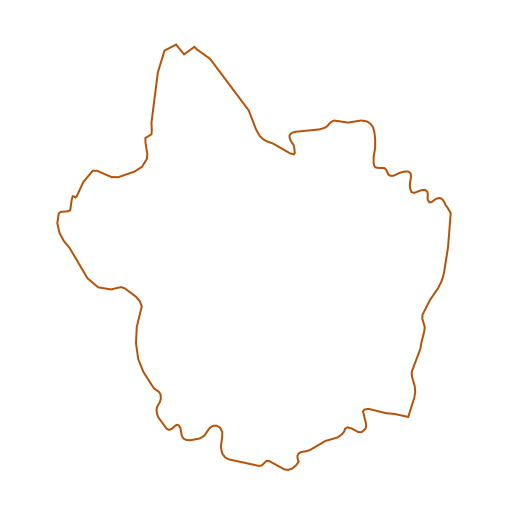 SVG path tracing the border of Indre-et-Loire, rotated 177°
{"feature_id": "FRA-5310", "entity_name": "Indre-et-Loire", "entity_type": "Metropolitan department", "adm_level": 1, "iso_a3": "FRA", "parent_name": "France", "parent_adm1": "", "projection": "mercator", "projection_center": [0.644, 47.225], "detail": "fine", "context": "isolated", "style": "outline", "palette": "amber", "viewbox_px": 512, "rotation_deg": 177, "n_neighbors": 0, "source": "natural_earth", "source_scale": "10m", "svg_char_len": 2577}
<svg xmlns="http://www.w3.org/2000/svg" viewBox="0 0 512 512"><g transform="rotate(177 256 256)"><path d="M441.9,274.1L447.0,280.8L451.1,289.5L452.7,299.3L450.7,308.9L448.6,310.3L441.6,310.5L439.1,311.4L437.1,321.8L435.9,325.3L434.7,325.0L433.3,323.9L431.9,325.0L424.6,338.8L414.6,349.7L410.2,349.4L396.2,342.4L389.5,341.9L373.3,346.5L365.2,351.0L359.8,358.8L359.2,363.5L360.4,374.6L360.3,379.6L354.0,383.0L353.5,386.8L353.4,394.7L344.4,444.5L336.6,465.9L324.7,471.3L317.3,461.1L306.5,468.1L304.3,465.5L291.5,455.2L255.6,401.7L249.4,382.6L246.1,375.8L243.0,372.4L239.7,370.2L233.3,367.5L216.5,356.7L212.8,355.5L212.1,356.5L211.8,356.9L212.0,358.3L212.0,359.7L212.2,363.0L212.6,364.6L213.2,365.9L214.1,367.1L214.8,368.4L215.4,369.8L215.9,371.3L216.3,372.8L216.2,374.4L215.5,375.9L212.9,377.3L210.0,378.0L185.9,379.1L180.3,380.6L177.9,382.0L176.1,384.1L173.8,386.0L170.8,387.2L157.1,384.4L143.9,385.8L138.2,384.6L134.8,382.1L132.6,378.8L131.7,375.7L131.2,372.4L130.9,366.0L131.4,357.4L133.4,348.4L133.7,342.9L133.3,340.3L132.2,338.3L129.7,337.6L123.2,337.1L121.3,335.1L119.5,330.3L117.3,329.0L114.7,328.9L107.9,331.6L104.0,332.5L99.8,332.5L97.4,330.6L97.0,328.0L97.4,325.1L98.2,322.0L98.7,318.5L98.5,315.0L97.3,311.6L94.7,310.7L87.7,313.0L83.7,313.2L81.6,311.3L81.2,308.9L81.5,306.0L81.6,303.3L80.2,300.6L78.1,300.5L73.1,303.7L69.4,304.4L67.0,302.9L65.4,300.4L64.1,297.2L62.4,294.6L59.3,288.7L63.8,254.5L69.2,229.2L71.0,223.7L72.5,220.2L75.9,214.3L84.6,202.9L92.8,188.6L93.2,184.7L91.2,176.2L91.9,171.9L95.4,160.7L96.8,154.4L106.4,132.6L106.7,129.2L106.2,125.9L104.3,117.7L104.1,111.7L105.3,106.3L112.4,87.3L125.8,91.0L134.3,92.2L151.8,97.5L155.9,96.9L157.3,95.0L156.6,92.2L155.7,86.6L155.0,83.8L154.8,80.7L155.8,77.7L159.7,74.6L163.0,74.8L170.0,79.0L173.8,80.1L176.1,78.8L176.9,76.4L179.4,73.5L184.1,70.5L196.3,67.7L212.5,59.3L216.4,58.4L220.9,57.9L223.7,56.7L225.0,54.5L225.1,51.8L224.4,49.0L224.1,48.4L227.2,44.6L231.0,41.9L235.0,40.7L238.8,41.4L253.5,50.5L256.3,50.8L261.2,46.5L264.0,46.2L293.7,54.3L297.4,56.5L300.1,60.6L301.1,67.2L299.2,77.4L298.9,82.1L300.9,86.5L304.1,88.6L307.7,88.7L311.1,86.9L317.1,79.2L321.7,76.7L331.2,75.4L335.3,76.0L337.3,77.0L338.8,78.7L339.7,81.6L340.5,88.3L341.9,90.8L343.8,91.6L345.6,90.7L349.1,87.8L351.9,86.9L354.1,88.0L361.9,99.8L363.1,103.6L363.4,107.7L362.5,110.8L359.4,115.6L358.5,118.5L358.6,123.0L360.2,125.5L364.9,129.2L374.6,146.3L379.0,159.3L380.4,175.2L378.8,191.3L372.7,211.7L374.6,217.3L378.4,222.0L388.8,230.6L392.4,232.0L402.6,230.2L415.3,233.0L425.4,242.5L441.9,274.1Z" fill="none" stroke="#b45309" stroke-width="2"/></g></svg>